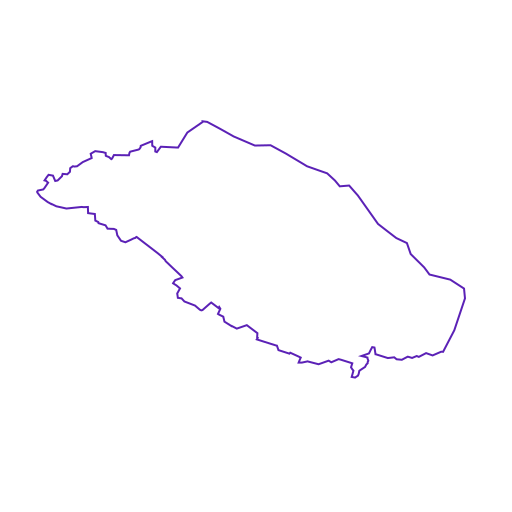 the district of Gounwolaila, Gbapolu, Liberia, rotated 71°
{"feature_id": "62588387B55137864763124", "entity_name": "Gounwolaila", "entity_type": "district", "adm_level": 2, "iso_a3": "LBR", "parent_name": "Liberia", "parent_adm1": "Gbapolu", "projection": "equal_earth", "projection_center": [-9.957, 7.206], "detail": "fine", "context": "isolated", "style": "outline", "palette": "violet", "viewbox_px": 512, "rotation_deg": 71, "n_neighbors": 0, "source": "geoboundaries", "source_scale": "gbopen_adm2", "svg_char_len": 3304}
<svg xmlns="http://www.w3.org/2000/svg" viewBox="0 0 512 512"><g transform="rotate(71 256 256)"><path d="M227.3,141.9L219.7,145.0L217.4,154.1L210.3,156.8L201.0,161.8L196.2,167.9L187.7,178.6L184.9,180.9L172.1,191.7L169.0,194.3L163.1,199.7L156.0,206.2L151.2,221.1L135.6,238.3L134.2,239.5L124.0,248.6L113.3,258.5L111.3,262.5L111.8,262.5L116.9,280.7L118.1,282.2L128.1,294.4L127.8,295.2L121.7,310.4L125.5,315.9L124.4,317.2L120.7,315.9L118.0,318.2L113.6,316.8L113.6,317.6L113.8,320.7L114.3,329.1L115.7,329.8L117.0,331.6L117.1,332.6L116.7,337.3L116.4,341.0L117.2,342.0L118.0,342.5L119.4,343.3L119.1,344.2L117.8,347.8L114.3,357.5L116.3,359.6L117.1,360.5L117.3,361.3L114.8,362.7L114.6,362.8L112.5,365.3L112.3,365.4L109.6,364.6L108.8,365.8L108.0,366.9L104.5,373.9L105.5,379.0L107.3,379.2L108.8,379.3L109.9,379.5L110.3,383.8L110.8,389.2L112.9,396.0L112.3,398.6L111.5,399.9L111.6,400.4L111.8,400.9L112.1,402.0L112.5,403.1L115.8,404.5L117.0,407.2L117.3,407.8L115.4,412.1L117.4,413.5L118.2,415.2L119.7,418.3L120.0,419.0L119.7,421.4L113.9,421.8L111.7,425.7L113.4,428.3L115.7,431.3L116.6,430.0L117.4,429.6L119.0,428.7L123.1,434.2L123.5,435.0L123.8,435.5L123.1,440.9L124.1,442.1L125.0,442.0L129.9,440.4L137.3,435.3L137.8,434.8L140.3,432.6L140.2,432.4L144.0,428.6L146.3,424.8L149.4,419.8L150.6,414.6L152.9,404.7L153.6,403.4L154.2,401.5L154.9,399.0L157.2,399.7L160.8,400.8L162.0,398.4L163.8,394.7L170.2,396.4L172.5,394.1L173.7,394.2L178.0,388.3L181.1,387.6L181.8,387.5L183.5,383.2L183.6,382.9L184.1,381.6L185.8,379.7L191.3,380.4L197.6,378.7L198.2,378.0L200.5,375.0L199.9,368.9L199.5,366.0L199.6,364.2L199.2,363.5L199.1,362.7L199.7,362.3L220.0,348.9L221.2,348.1L226.4,344.9L226.5,345.2L230.0,343.3L231.5,343.1L239.6,338.9L250.7,333.1L252.4,332.6L252.5,338.8L252.5,340.2L254.7,343.2L254.8,343.3L256.8,341.7L257.9,340.8L261.9,338.4L265.8,342.7L266.8,342.9L267.0,342.9L270.1,343.5L271.7,340.5L271.8,340.2L275.7,338.5L283.0,329.8L285.9,328.1L288.6,326.5L289.6,325.4L289.7,324.3L289.7,324.2L286.6,316.7L286.0,315.2L285.4,313.5L293.0,308.4L292.2,307.4L294.3,306.9L298.4,310.8L299.5,309.9L302.7,306.7L307.8,307.2L312.9,303.1L314.4,301.9L314.3,301.7L318.4,297.8L318.4,287.2L325.4,282.5L329.4,279.8L329.9,280.0L333.3,281.4L333.9,281.0L335.1,282.4L339.2,276.9L346.3,267.3L347.1,266.2L347.6,265.4L352.3,265.4L358.9,256.6L359.2,256.2L358.6,255.1L364.6,248.8L366.6,246.8L368.5,248.5L370.1,249.9L370.7,250.4L371.7,247.5L372.3,242.6L372.4,241.5L372.8,241.0L378.7,232.1L378.7,228.8L378.6,221.4L381.0,219.4L380.9,218.1L380.4,211.5L381.7,209.5L388.2,200.7L388.8,199.9L392.2,202.4L394.6,201.8L396.1,201.2L396.4,201.4L399.8,203.7L401.5,204.9L403.2,201.9L402.3,198.5L400.9,197.3L398.2,195.7L397.9,194.8L396.4,189.0L394.5,187.0L393.8,185.4L392.7,185.0L391.6,183.9L388.8,183.9L388.3,183.7L387.1,185.4L384.9,188.8L384.9,187.8L384.9,180.9L382.2,178.2L380.0,175.8L381.1,173.8L382.5,174.0L387.8,175.0L388.0,174.6L395.4,164.6L396.1,161.5L396.8,158.3L398.9,157.0L399.4,156.7L400.3,154.8L400.4,154.5L401.6,151.9L401.0,148.1L400.6,145.3L401.4,144.1L403.2,141.6L402.9,136.6L404.4,134.9L403.2,126.8L407.5,121.4L406.8,112.1L407.2,111.0L407.5,110.3L390.8,92.7L364.1,72.2L354.5,69.9L341.6,80.0L330.0,98.0L321.5,100.7L304.5,109.1L292.9,109.1L284.7,117.5L276.4,123.0L265.4,130.2L231.9,140.0L227.3,141.9Z" fill="none" stroke="#5b21b6" stroke-width="2"/></g></svg>